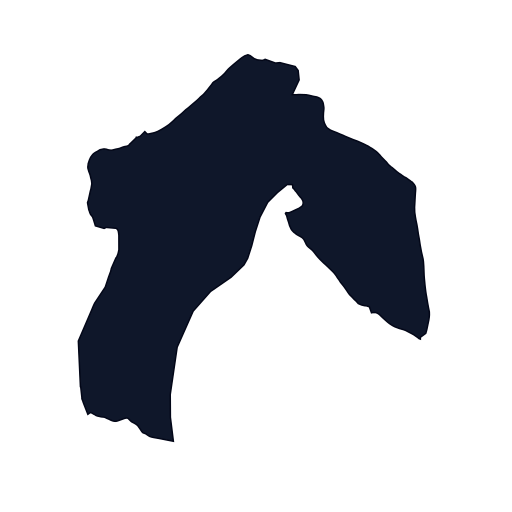 Boguis, Dauphin, Saint Lucia, rotated 190°
{"feature_id": "8701671B63256124601591", "entity_name": "Boguis", "entity_type": "district", "adm_level": 2, "iso_a3": "LCA", "parent_name": "Saint Lucia", "parent_adm1": "Dauphin", "projection": "natural_earth1", "projection_center": [-60.922, 14.016], "detail": "fine", "context": "isolated", "style": "filled", "palette": "ink", "viewbox_px": 512, "rotation_deg": 190, "n_neighbors": 0, "source": "geoboundaries", "source_scale": "gbopen_adm2", "svg_char_len": 6069}
<svg xmlns="http://www.w3.org/2000/svg" viewBox="0 0 512 512"><g transform="rotate(190 256 256)"><path d="M79.7,202.7L80.0,204.5L75.4,209.3L75.2,210.9L75.0,213.3L74.7,223.1L74.8,226.0L75.0,228.1L75.6,231.1L77.1,234.9L78.7,239.2L80.8,245.2L81.7,247.6L82.7,250.6L84.2,255.5L86.3,263.1L87.1,266.2L88.0,270.4L89.0,275.0L90.1,279.4L90.5,280.7L91.0,282.2L93.8,288.8L96.3,295.5L98.0,300.6L100.0,306.0L101.6,310.9L103.0,314.8L104.6,318.8L105.9,322.4L107.3,326.7L108.3,331.6L108.9,336.7L109.5,341.6L110.0,346.1L110.1,347.3L110.3,349.0L110.5,350.1L110.6,350.7L111.0,351.7L111.2,352.2L111.5,352.6L112.6,353.9L113.8,354.9L114.6,355.6L115.0,355.9L116.0,356.2L117.0,356.8L120.8,358.6L121.3,358.9L122.4,359.3L123.4,359.5L123.9,359.7L125.4,360.4L125.9,360.6L127.8,361.6L129.2,362.1L132.3,363.7L133.2,364.3L137.3,366.7L138.5,367.2L138.9,367.5L139.9,368.1L140.8,368.6L142.4,369.8L142.9,370.3L143.9,371.2L145.8,372.5L146.6,373.1L149.4,375.1L149.8,375.4L150.2,375.7L151.4,376.8L153.1,378.0L154.3,378.9L156.0,379.9L159.3,381.5L160.9,382.2L162.7,382.8L164.0,383.4L165.0,383.8L166.6,384.2L167.8,384.6L170.3,385.3L175.9,386.7L180.5,387.5L186.4,388.8L189.1,389.4L191.2,390.0L193.1,390.4L194.6,390.7L197.8,391.5L201.4,392.2L201.8,392.3L202.3,392.4L202.8,392.5L204.5,392.9L205.0,393.1L207.0,394.0L207.9,394.4L208.8,395.0L210.3,396.8L210.9,397.6L211.9,399.1L212.5,400.4L213.1,401.7L213.2,402.1L213.9,405.1L214.2,407.3L214.4,408.8L214.5,410.3L214.6,411.3L214.6,411.7L214.8,413.3L215.0,414.2L215.2,414.8L215.7,416.3L216.2,417.7L216.8,419.0L217.4,419.8L218.0,420.5L218.3,420.9L219.7,422.0L220.1,422.2L220.5,422.4L221.9,422.8L223.2,423.1L224.2,423.2L227.2,423.2L232.0,423.5L233.7,423.5L234.6,423.5L241.1,422.6L242.9,422.2L244.4,421.8L248.3,421.2L244.1,436.9L246.7,446.0L250.3,449.4L259.7,450.1L266.0,450.6L270.3,449.4L281.2,451.3L281.4,450.9L283.4,449.9L283.7,449.7L288.8,449.4L292.2,450.1L293.3,450.7L296.5,452.3L298.9,452.8L301.9,451.1L304.1,449.1L305.7,447.4L311.5,440.6L313.6,438.0L314.8,436.5L315.9,435.0L317.4,432.5L318.6,430.4L319.7,428.9L321.2,426.9L325.3,422.3L327.4,420.5L328.3,419.5L328.6,419.1L329.6,416.9L331.2,414.0L332.7,411.1L335.8,406.0L337.7,403.7L338.3,403.0L339.5,401.2L341.3,398.8L344.4,395.1L348.3,390.3L350.6,387.8L352.1,385.8L354.0,383.3L359.0,377.5L359.7,376.5L360.5,375.3L362.0,373.4L364.6,370.2L367.6,367.3L370.1,365.1L371.5,363.9L374.3,361.7L375.9,360.7L377.5,359.8L378.4,359.4L383.0,357.5L384.5,357.3L387.1,359.2L390.8,353.8L391.7,353.3L393.2,352.4L393.9,352.0L394.5,352.2L394.7,351.3L399.4,344.8L399.7,344.5L399.9,344.1L400.4,343.1L401.0,342.5L401.4,342.2L402.3,341.7L404.5,340.9L406.3,340.0L408.7,338.5L409.5,338.1L410.9,337.5L412.3,337.0L415.2,335.7L415.6,335.5L416.5,335.2L417.0,335.0L417.4,335.0L419.7,334.9L422.2,335.2L423.5,335.1L424.1,335.1L425.1,334.8L426.0,334.4L427.8,333.7L428.2,333.5L430.5,331.4L431.6,330.6L432.4,329.9L433.4,328.9L434.1,328.1L434.3,327.7L434.9,326.7L435.6,325.2L435.9,324.7L436.2,323.6L436.6,322.1L436.8,321.1L437.3,317.7L437.2,316.7L437.1,314.6L436.8,313.3L436.2,312.0L435.2,310.0L434.1,308.2L433.2,306.5L432.4,304.5L431.2,301.9L431.0,301.3L430.4,299.3L430.2,298.4L430.2,297.8L430.2,297.3L430.2,293.0L430.4,291.4L430.8,281.7L431.2,279.4L431.1,279.0L428.7,272.5L428.0,271.4L427.3,270.0L426.4,268.6L425.7,267.8L424.9,267.2L424.2,266.5L423.8,266.1L423.5,265.7L422.4,263.7L419.4,257.8L410.4,256.8L409.7,257.2L408.7,258.1L398.5,259.0L397.6,258.5L396.6,257.6L396.4,257.3L395.9,256.4L395.3,254.7L394.4,251.7L394.6,252.3L392.1,238.4L392.2,235.5L392.3,234.4L392.4,233.3L392.6,232.8L392.8,231.7L392.9,231.2L393.0,230.7L393.3,230.3L393.6,229.8L396.3,218.7L396.4,216.4L396.5,215.1L396.6,214.8L397.5,209.8L398.5,202.9L398.9,200.2L399.0,199.6L399.1,199.1L399.3,198.6L406.7,181.6L407.3,179.4L407.9,176.9L408.4,174.5L416.2,141.4L406.1,96.3L406.1,97.4L402.7,85.7L402.7,85.2L401.5,83.3L400.6,81.6L394.1,70.9L393.5,71.5L392.6,72.5L392.2,72.8L391.9,72.9L391.5,73.0L391.0,73.0L390.2,72.8L388.1,72.0L387.5,71.9L386.0,71.2L385.0,71.0L384.5,70.9L382.1,70.8L380.6,70.7L379.1,70.8L378.6,70.9L377.2,70.9L376.6,70.8L374.6,70.2L372.3,69.7L370.8,69.2L368.9,68.8L367.9,68.7L366.6,68.7L365.8,68.8L365.0,69.0L363.8,69.5L359.4,72.0L357.5,73.1L356.7,73.5L355.3,74.0L354.8,74.0L354.3,74.0L353.8,73.9L352.1,72.7L350.7,71.7L349.8,71.2L349.4,71.0L347.4,70.4L345.7,69.8L344.8,69.4L343.5,68.7L342.8,68.2L342.1,67.5L339.7,65.1L338.2,63.5L337.4,62.8L337.0,62.5L336.6,62.3L336.2,62.2L333.8,61.8L333.0,61.4L330.5,60.3L329.5,59.9L328.4,59.7L328.1,59.7L327.6,59.6L325.2,59.5L322.1,59.5L319.9,59.5L305.2,59.2L312.3,82.3L316.4,104.7L317.8,152.5L308.3,190.8L294.6,213.2L276.9,230.7L266.3,245.2L263.8,252.3L262.0,265.3L260.9,279.9L258.8,295.0L253.8,310.9L245.9,322.2L237.7,331.8L232.5,332.6L232.1,331.6L231.6,329.5L230.0,328.4L228.5,326.9L227.6,326.3L224.7,323.5L223.2,322.2L222.4,321.5L221.6,321.0L220.9,320.3L219.6,318.7L219.1,317.7L218.8,316.7L218.7,315.6L218.8,314.5L219.1,313.5L219.8,312.6L221.2,311.2L221.9,310.5L224.4,308.8L228.5,305.9L230.2,304.8L231.1,304.3L232.9,304.0L233.9,304.0L234.4,303.1L234.2,302.7L232.8,301.0L231.5,298.1L229.7,294.8L228.2,291.7L226.2,288.8L225.9,288.4L225.5,288.0L224.7,287.3L223.1,286.1L222.6,285.8L222.2,285.6L221.7,285.4L220.9,284.9L220.4,284.6L219.0,284.0L218.1,283.7L217.6,283.5L216.3,283.1L214.2,282.3L213.4,281.9L212.6,281.3L211.8,280.7L211.5,280.3L210.9,279.5L209.2,277.2L208.7,276.4L207.7,275.3L206.9,274.6L205.7,273.8L202.3,271.9L201.1,271.1L199.4,269.7L196.8,267.3L194.9,265.7L192.4,263.8L188.2,260.9L185.9,259.5L180.8,256.1L177.7,254.0L176.0,252.7L173.6,250.5L172.2,248.9L169.9,246.7L168.5,245.1L168.1,244.7L165.1,242.1L164.0,241.1L160.6,237.7L159.5,236.5L157.8,234.8L157.0,234.1L156.6,233.8L154.8,232.6L154.0,232.0L151.6,230.2L149.8,229.1L149.0,228.5L147.0,226.9L143.5,226.1L140.3,225.9L138.8,226.1L136.0,225.7L135.6,225.7L132.4,220.1L131.4,220.5L128.2,221.1L126.4,220.7L125.6,220.4L124.2,219.7L120.8,217.4L117.3,215.2L115.0,213.8L112.8,212.6L109.5,211.2L107.0,210.4L105.4,210.1L102.2,209.5L98.1,209.1L95.8,208.7L92.7,207.7L89.8,206.8L87.1,205.9L82.6,203.8L81.0,202.9L79.7,202.7Z" fill="#0f172a" stroke="#020617" stroke-width="1.5"/></g></svg>